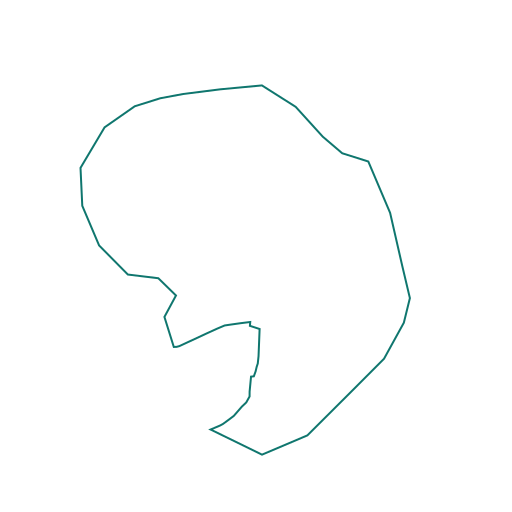 Kumasi Metropolitan, Ashanti, Ghana (Equal Earth projection), rotated 157°
{"feature_id": "2480657B53854728613413", "entity_name": "Kumasi Metropolitan", "entity_type": "district", "adm_level": 2, "iso_a3": "GHA", "parent_name": "Ghana", "parent_adm1": "Ashanti", "projection": "equal_earth", "projection_center": [-1.615, 6.69], "detail": "fine", "context": "isolated", "style": "outline", "palette": "teal", "viewbox_px": 512, "rotation_deg": 157, "n_neighbors": 0, "source": "geoboundaries", "source_scale": "gbopen_adm2", "svg_char_len": 787}
<svg xmlns="http://www.w3.org/2000/svg" viewBox="0 0 512 512"><g transform="rotate(157 256 256)"><path d="M365.6,114.0L328.1,70.8L278.8,70.8L221.9,93.7L178.3,111.4L146.0,136.8L130.8,157.1L125.2,190.0L115.7,243.3L115.7,299.1L136.5,316.9L147.9,339.7L161.2,377.8L183.9,410.7L223.8,423.4L259.8,433.6L282.5,438.6L309.1,441.2L345.1,433.6L383.1,405.7L396.3,370.1L396.3,327.0L381.2,289.0L354.6,273.7L345.1,250.9L364.1,235.7L367.2,204.4L364.6,203.4L361.8,203.0L331.8,204.0L320.4,204.3L312.0,204.3L305.5,202.6L296.2,200.1L287.1,197.5L288.9,194.1L281.2,187.4L292.8,162.8L296.4,156.3L298.7,153.7L301.4,150.0L305.0,146.1L307.7,146.9L314.9,133.6L316.8,129.2L322.2,125.0L327.8,122.9L338.9,117.5L344.4,116.1L352.1,114.3L355.2,114.0L365.6,114.0Z" fill="none" stroke="#0f766e" stroke-width="2"/></g></svg>